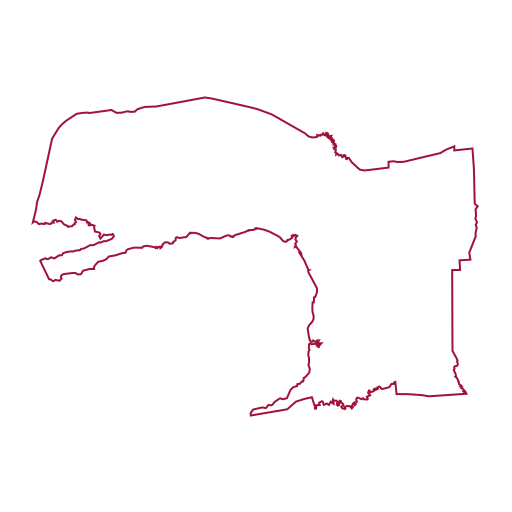 Agusan del Norte, Agusan del Norte, Philippines, rotated 269°
{"feature_id": "2640588B29392713909073", "entity_name": "Agusan del Norte", "entity_type": "district", "adm_level": 2, "iso_a3": "PHL", "parent_name": "Philippines", "parent_adm1": "Agusan del Norte", "projection": "orthographic", "projection_center": [125.42, 9.081], "detail": "fine", "context": "isolated", "style": "outline", "palette": "rose", "viewbox_px": 512, "rotation_deg": 269, "n_neighbors": 0, "source": "geoboundaries", "source_scale": "gbopen_adm2", "svg_char_len": 6068}
<svg xmlns="http://www.w3.org/2000/svg" viewBox="0 0 512 512"><g transform="rotate(269 256 256)"><path d="M404.5,114.0L401.8,91.5L402.3,90.7L402.2,85.9L401.3,79.1L394.5,68.4L390.4,63.6L387.2,60.8L376.9,54.2L335.3,44.4L321.5,40.8L313.5,38.0L306.0,36.8L293.5,33.5L294.6,34.9L293.4,37.8L291.6,39.5L292.2,42.1L291.6,44.5L292.7,45.5L292.1,46.2L292.6,46.6L291.5,50.4L292.0,51.9L293.1,52.3L292.9,54.4L294.9,53.7L295.7,56.4L293.7,57.8L294.7,59.8L294.1,61.9L290.7,64.9L289.5,68.1L288.5,68.4L289.0,72.6L290.6,74.0L290.8,75.3L292.0,75.4L293.0,76.6L295.2,75.6L297.6,76.7L296.0,78.6L296.3,80.4L295.6,81.1L294.6,87.0L293.3,87.8L292.5,87.6L292.4,89.6L291.6,90.5L290.7,89.1L289.6,89.3L289.9,92.9L289.1,95.1L287.9,94.6L283.3,95.4L282.3,99.5L281.4,100.5L280.8,100.8L278.7,99.5L276.1,100.8L280.1,104.3L279.4,106.8L280.0,110.0L279.7,111.6L280.5,113.0L280.2,113.6L278.1,114.2L275.6,112.1L273.3,106.0L273.6,104.4L272.1,100.9L272.5,99.5L269.7,93.7L269.7,90.3L266.6,84.3L266.0,81.0L264.9,80.1L264.5,75.5L263.6,72.9L263.9,71.9L263.3,66.7L262.2,63.3L260.1,61.9L260.1,59.2L257.1,54.3L258.3,51.0L256.6,48.3L256.5,46.9L257.4,45.4L255.6,40.7L254.9,40.2L236.4,48.7L236.2,50.1L234.5,52.4L234.5,53.4L235.6,54.9L234.7,59.2L236.8,61.2L238.4,60.5L239.9,60.9L241.3,63.3L242.3,73.5L242.0,75.5L240.6,77.8L240.9,80.7L244.4,82.9L245.9,89.4L245.8,93.8L247.0,93.6L249.2,94.6L253.0,98.1L253.9,102.9L255.4,106.2L258.1,108.9L259.1,115.5L261.2,122.3L261.5,125.5L264.1,126.7L265.0,128.1L266.5,134.1L266.2,142.3L267.5,143.4L268.2,146.7L266.5,155.2L265.8,155.6L266.6,156.5L265.7,156.7L265.5,157.5L266.8,158.6L267.0,160.5L265.6,160.6L267.0,162.3L269.1,162.8L271.2,165.2L271.2,168.2L269.8,169.8L269.9,172.2L270.4,173.3L271.3,173.3L273.1,175.9L275.3,176.0L276.0,176.7L276.2,177.3L275.3,179.2L276.2,186.7L280.5,190.5L280.3,191.5L279.9,191.3L280.4,194.2L279.3,198.8L275.8,204.8L274.7,208.3L274.2,207.9L274.0,208.3L274.8,210.4L274.2,220.4L277.1,227.2L277.0,229.8L275.3,232.9L275.9,234.7L275.9,233.1L277.3,235.6L280.3,245.8L281.4,247.8L281.5,249.3L282.0,249.3L282.1,253.3L282.8,255.9L283.1,256.7L283.7,256.2L283.9,256.9L282.1,264.7L280.0,270.1L275.4,278.6L273.9,280.6L270.5,283.3L269.6,286.0L270.4,287.3L271.5,287.7L271.6,289.2L273.5,292.4L275.6,292.1L275.5,293.1L276.2,293.5L275.3,294.3L276.5,295.6L275.4,297.6L273.4,295.9L271.9,295.7L269.7,297.1L267.7,295.5L265.6,296.1L264.7,294.9L264.2,294.9L264.9,296.1L258.4,301.0L257.3,301.3L257.8,299.9L250.5,304.3L241.1,308.2L241.0,308.7L240.6,307.9L238.7,308.2L222.9,316.3L219.5,316.4L216.9,315.7L213.9,314.4L213.6,313.3L208.6,313.0L208.6,311.8L203.2,311.4L198.8,311.6L195.0,312.6L191.8,312.4L189.3,311.1L185.7,307.8L182.5,306.4L173.5,307.6L171.3,308.5L171.1,308.2L169.1,309.6L169.6,311.6L170.5,311.8L169.3,313.8L169.3,315.4L169.7,315.0L170.5,315.7L170.6,317.4L169.5,316.7L167.9,317.3L167.8,316.5L166.6,316.1L167.4,317.0L167.6,319.8L165.4,317.8L163.8,317.2L163.9,316.7L165.5,316.3L166.2,314.9L167.3,314.9L166.8,310.2L167.5,308.4L167.0,307.6L163.6,307.2L161.0,307.8L159.6,306.9L155.8,306.5L153.5,307.2L148.7,307.2L146.2,306.5L142.1,307.9L138.5,307.2L134.3,303.5L133.2,301.6L130.9,301.4L129.7,300.7L130.0,300.0L127.4,297.5L127.2,295.1L125.2,294.8L124.4,291.3L121.7,288.3L113.3,284.4L112.3,280.7L113.2,277.9L112.9,276.8L109.7,272.0L106.8,269.6L106.4,268.4L106.9,265.9L103.7,263.2L104.5,259.6L102.5,250.4L99.0,247.9L96.6,248.0L102.2,284.6L109.7,293.4L112.2,301.6L113.8,309.4L105.8,311.8L104.7,312.6L103.3,312.1L102.2,312.5L102.5,313.4L105.8,313.8L105.9,317.1L108.1,316.5L109.6,319.1L109.3,320.2L105.9,321.2L107.3,324.2L105.8,326.3L108.9,328.1L106.8,331.0L108.5,331.0L109.4,330.0L111.0,330.5L109.6,331.1L110.1,332.1L109.9,334.0L107.9,334.7L106.0,334.2L104.9,335.2L105.6,336.6L108.9,336.3L109.9,337.4L109.3,338.4L107.8,338.4L107.4,339.7L106.2,340.7L105.2,340.6L103.7,338.6L102.4,339.4L101.4,342.1L102.0,342.8L103.6,342.0L104.3,343.7L104.3,347.1L101.9,349.1L103.3,350.2L104.6,349.4L106.8,350.5L106.9,352.0L105.2,352.1L106.1,353.2L107.8,352.0L108.6,354.4L110.5,353.7L112.4,354.4L112.6,355.6L111.0,359.0L111.9,360.6L110.8,361.5L110.6,364.7L111.2,365.3L113.4,364.4L114.7,367.7L117.4,365.7L119.5,366.5L119.5,367.2L117.7,368.1L118.2,369.8L119.1,371.5L120.3,371.2L121.1,371.8L121.3,372.9L119.9,372.8L120.0,373.2L121.1,375.6L122.2,374.9L123.4,377.0L122.2,378.5L121.3,378.7L120.8,380.1L122.5,387.0L125.7,389.2L125.7,391.4L127.3,392.0L127.7,393.1L115.5,394.1L115.2,405.7L114.0,419.4L112.7,426.4L114.6,464.0L116.9,462.8L116.3,461.7L117.1,460.9L117.6,462.1L119.8,460.3L120.2,459.2L121.2,459.8L121.9,457.9L122.9,458.9L124.3,456.8L126.0,456.8L126.7,456.0L127.4,456.3L130.7,454.6L131.8,453.3L132.2,453.9L134.6,453.5L138.6,451.7L139.7,452.5L141.5,452.2L142.5,453.4L142.4,454.8L144.1,456.0L147.1,455.2L147.6,455.7L148.9,455.4L157.8,450.8L238.5,451.9L238.5,459.8L248.1,459.4L248.6,470.3L255.7,469.3L271.8,476.0L275.2,475.9L280.4,477.2L283.3,476.2L285.7,477.6L289.4,476.0L292.2,476.7L299.0,476.4L301.8,478.5L304.5,475.6L339.3,475.4L359.7,474.3L358.1,456.1L362.2,456.2L359.1,448.1L355.7,442.1L347.6,405.4L347.5,399.1L348.3,395.4L347.9,390.2L342.1,390.1L339.6,365.9L340.6,361.2L348.1,353.3L352.4,350.6L352.6,348.8L351.3,348.6L351.5,347.8L354.5,347.2L354.1,345.9L355.0,346.6L355.4,346.3L355.4,345.6L353.4,343.9L355.7,342.6L355.1,340.7L356.8,339.4L356.0,338.0L357.4,338.3L358.1,337.1L360.8,337.7L361.3,336.3L362.9,335.5L363.2,337.9L364.4,338.1L364.5,337.0L365.5,337.3L365.9,335.9L366.6,337.0L367.6,335.2L369.0,336.1L370.0,335.9L369.0,333.9L370.4,333.9L371.0,335.0L371.7,334.3L370.7,333.3L373.0,332.6L372.3,334.0L373.4,333.3L373.6,332.1L374.7,333.0L374.4,331.2L372.3,331.3L373.9,329.3L374.5,329.3L373.9,330.0L374.6,330.5L375.1,329.0L375.8,330.0L376.5,328.8L377.1,330.0L377.6,329.7L377.9,328.4L376.9,328.5L376.6,327.6L375.4,327.5L375.6,326.6L376.5,326.4L376.4,325.4L377.4,325.1L376.0,324.1L376.1,322.6L375.2,322.4L375.9,319.3L374.5,319.6L373.8,318.8L373.6,314.2L374.6,310.7L377.8,307.1L397.3,274.2L402.7,260.4L404.9,252.4L414.3,214.2L415.4,207.7L407.2,158.7L407.0,147.3L404.9,140.1L402.4,137.2L402.3,133.6L402.9,129.6L401.6,123.8L401.6,118.9L404.5,114.0Z" fill="none" stroke="#9f1239" stroke-width="2"/></g></svg>